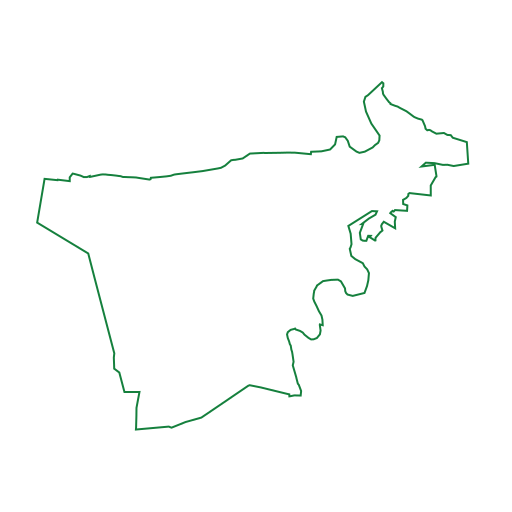 San Juan Bautista Lo de Soto, Guerrero, Mexico (orthographic projection), rotated 267°
{"feature_id": "50627088B39502815405022", "entity_name": "San Juan Bautista Lo de Soto", "entity_type": "district", "adm_level": 2, "iso_a3": "MEX", "parent_name": "Mexico", "parent_adm1": "Guerrero", "projection": "orthographic", "projection_center": [-98.336, 16.509], "detail": "fine", "context": "isolated", "style": "outline", "palette": "green", "viewbox_px": 512, "rotation_deg": 267, "n_neighbors": 0, "source": "geoboundaries", "source_scale": "gbopen_adm2", "svg_char_len": 3634}
<svg xmlns="http://www.w3.org/2000/svg" viewBox="0 0 512 512"><g transform="rotate(267 256 256)"><path d="M89.0,127.0L90.2,160.0L89.7,161.0L89.0,162.7L93.9,177.0L97.5,193.0L108.0,210.4L126.8,241.4L127.3,242.9L124.4,254.3L124.2,254.9L116.8,279.5L116.1,282.0L114.1,282.0L114.2,283.0L114.8,287.0L114.3,293.3L117.5,293.8L118.8,294.0L125.1,292.0L126.3,291.1L132.3,289.9L132.6,289.9L138.1,288.6L144.9,287.0L148.4,288.0L155.9,287.3L158.5,287.0L160.7,286.4L164.7,286.0L166.2,285.2L169.0,284.6L172.0,283.6L172.7,283.4L176.1,282.9L178.3,283.8L180.4,286.7L180.8,288.5L181.2,290.6L181.5,291.2L180.5,291.9L178.9,296.0L177.1,298.7L174.9,300.3L171.5,304.1L169.8,306.7L169.8,309.2L170.9,312.5L174.4,315.7L178.1,316.6L183.9,316.1L184.3,316.2L183.4,319.0L188.9,319.0L193.1,318.3L197.7,315.9L203.0,313.8L207.5,311.8L210.5,310.9L215.4,311.7L216.9,312.1L218.3,312.3L222.8,315.2L223.3,315.3L227.4,321.6L227.8,325.3L228.2,329.9L228.1,336.6L226.2,339.5L219.0,343.2L216.2,343.3L214.3,344.0L212.7,345.4L211.1,350.5L213.4,362.4L220.2,365.3L225.9,366.9L233.0,367.9L236.9,366.3L239.8,363.8L243.2,362.3L247.7,354.9L251.1,351.2L258.3,350.0L259.5,350.8L262.8,352.0L273.3,351.7L281.2,349.8L294.8,374.1L294.3,379.2L291.0,377.5L287.5,370.7L282.4,363.3L282.4,364.7L273.7,360.9L267.1,361.5L265.8,363.4L265.5,365.2L265.4,367.0L270.3,369.1L270.1,371.6L268.8,370.5L268.6,370.9L265.2,375.7L265.3,376.1L266.0,376.1L268.0,376.4L273.5,381.6L273.7,382.1L274.8,383.6L278.6,382.7L279.5,382.6L281.2,383.4L283.5,385.4L276.4,396.4L283.1,396.4L287.5,397.6L291.7,392.4L291.9,392.6L292.2,392.6L293.0,393.5L293.2,393.8L293.9,394.7L293.2,395.5L293.2,395.8L294.6,397.2L293.2,409.2L296.5,409.6L298.6,409.8L300.2,405.7L304.4,405.8L304.5,406.0L305.1,407.3L306.1,409.2L308.1,411.2L310.0,411.4L310.8,412.6L307.3,433.7L317.3,434.2L325.4,439.5L325.8,440.3L326.1,440.4L326.3,440.4L337.7,439.2L336.7,426.0L340.3,430.5L339.4,439.1L337.2,447.4L337.1,451.9L335.5,458.1L337.1,472.8L358.7,472.5L363.8,458.7L366.5,456.8L366.9,453.4L369.0,450.1L368.7,442.6L368.8,442.5L368.9,442.2L371.2,438.3L372.4,436.8L372.8,435.7L372.9,435.4L372.6,434.0L372.6,433.6L374.2,432.0L376.8,431.6L382.8,429.4L383.5,428.7L384.7,425.0L386.2,421.9L386.8,420.9L390.4,416.6L392.6,413.9L392.8,413.6L395.7,408.6L395.9,408.2L397.1,406.3L397.8,405.3L398.7,402.8L400.7,398.3L401.4,398.3L402.7,396.9L406.3,394.4L410.5,391.7L411.7,391.3L412.6,391.3L413.8,391.2L414.6,391.0L417.0,390.5L417.9,391.4L418.7,392.0L421.8,392.2L422.5,391.4L423.0,390.9L410.7,376.2L409.2,373.6L404.5,371.8L394.5,373.4L382.2,378.1L369.8,385.7L365.1,385.2L362.6,383.9L360.5,380.6L358.3,378.2L354.5,370.1L353.6,364.7L355.0,361.8L360.3,355.3L366.2,353.7L369.9,351.3L370.8,349.3L370.9,349.2L370.7,342.8L363.3,340.8L358.5,335.6L358.3,334.5L357.1,326.8L357.2,316.5L354.8,316.1L357.1,300.6L357.6,293.3L357.8,285.8L358.4,269.9L358.6,269.3L358.6,255.3L354.1,247.8L353.4,242.3L353.1,239.9L353.2,239.2L352.9,236.2L347.9,229.9L347.2,228.4L345.9,225.6L345.4,222.3L343.6,207.1L342.8,195.9L342.8,195.6L342.2,186.5L341.8,180.7L341.6,178.7L341.3,177.5L340.6,175.2L340.2,170.7L339.9,164.1L339.6,155.1L338.2,154.7L337.9,153.6L340.1,143.0L340.7,140.3L341.1,136.3L341.4,132.8L341.8,128.6L341.9,127.1L342.8,125.0L343.1,123.1L343.6,120.6L344.4,115.8L344.8,112.6L345.3,109.9L345.5,107.1L345.4,105.2L343.7,94.7L343.7,94.2L344.6,94.2L343.7,91.4L343.8,88.2L345.5,84.9L347.6,78.4L347.9,77.2L344.3,74.1L340.5,73.9L342.6,62.0L342.1,61.8L344.1,48.9L300.8,39.2L267.3,88.6L242.7,93.6L189.4,104.6L166.2,109.4L162.0,108.7L154.9,108.6L150.9,108.5L146.8,113.4L127.1,117.5L126.3,132.4L126.3,132.5L110.6,128.7L102.7,128.2L91.3,127.3L89.0,127.0Z" fill="none" stroke="#15803d" stroke-width="2"/></g></svg>